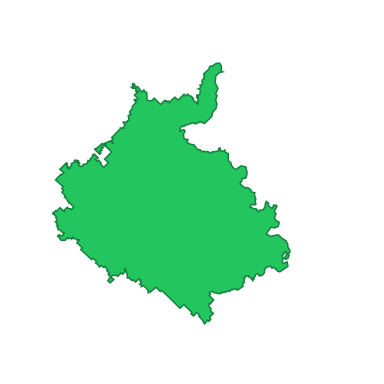 outline of Goulburn Mulwaree, New South Wales, Australia, rotated 305°
{"feature_id": "25037944B47240806764449", "entity_name": "Goulburn Mulwaree", "entity_type": "district", "adm_level": 2, "iso_a3": "AUS", "parent_name": "Australia", "parent_adm1": "New South Wales", "projection": "albers", "projection_center": [149.879, -34.902], "detail": "fine", "context": "isolated", "style": "filled", "palette": "green", "viewbox_px": 384, "rotation_deg": 305, "n_neighbors": 0, "source": "geoboundaries", "source_scale": "gbopen_adm2", "svg_char_len": 5904}
<svg xmlns="http://www.w3.org/2000/svg" viewBox="0 0 384 384"><g transform="rotate(305 192 192)"><path d="M243.0,82.3L242.8,83.6L244.8,86.8L242.5,87.8L242.5,89.1L243.5,90.1L242.4,90.6L240.6,89.5L238.3,89.4L237.5,93.9L236.0,94.3L235.0,91.9L234.1,91.8L233.6,94.8L228.2,94.0L225.3,95.2L222.2,94.8L221.1,95.5L220.7,97.4L217.9,96.0L214.8,99.1L213.3,98.2L211.8,98.8L210.0,95.6L209.1,96.1L209.1,98.6L205.3,98.7L205.2,99.5L203.4,96.5L202.7,97.0L190.4,95.0L190.1,96.9L187.4,96.5L187.0,99.5L186.3,99.4L186.9,95.6L182.6,93.2L181.5,94.4L181.8,92.5L180.6,92.3L180.1,90.5L172.5,88.7L172.3,88.2L171.8,87.8L171.6,87.8L172.1,88.8L171.0,88.7L170.0,94.7L171.7,95.0L172.1,93.3L174.3,94.3L174.3,93.0L177.3,93.8L176.9,92.3L179.3,92.4L179.4,93.5L180.1,93.7L178.7,103.2L168.8,101.5L168.0,106.6L161.3,105.5L162.9,100.4L163.9,100.6L164.4,97.0L163.0,96.9L163.1,94.0L166.2,95.5L167.0,90.1L165.5,89.3L163.9,90.2L160.5,89.6L158.5,90.5L158.1,88.7L155.0,89.8L152.1,87.0L151.7,88.0L149.6,87.2L149.7,86.2L148.8,86.0L148.9,83.4L150.8,83.6L150.5,82.8L151.6,82.6L151.8,81.5L150.2,81.2L150.4,80.3L152.3,80.6L151.0,77.8L150.1,77.7L149.9,79.1L146.3,77.0L145.4,77.1L145.0,78.1L141.5,77.5L141.4,78.2L140.2,78.0L140.6,75.5L141.8,75.7L142.3,73.6L143.7,73.8L143.9,72.4L134.8,70.8L134.3,75.8L131.0,75.3L131.1,74.4L123.7,73.2L122.4,83.6L120.1,83.3L119.7,85.9L117.2,85.5L116.2,90.5L114.8,90.3L114.4,93.5L113.1,95.5L113.4,96.6L112.3,97.5L112.8,98.2L111.9,103.8L108.3,103.2L108.5,102.0L107.5,100.0L107.9,98.6L104.0,97.8L102.7,98.3L103.5,92.9L98.3,92.1L98.6,91.1L94.7,90.0L94.2,91.0L95.0,91.9L94.2,92.7L93.8,95.1L92.6,95.4L92.4,97.2L91.1,97.8L89.3,97.1L89.2,98.7L88.2,99.2L88.4,100.3L87.4,101.0L86.2,100.3L86.8,100.9L86.5,102.3L85.8,102.1L84.3,104.1L85.5,106.0L84.5,107.7L85.3,110.8L84.0,110.5L82.9,111.3L80.5,109.7L81.1,108.1L79.7,107.1L78.6,107.4L78.6,109.2L77.4,111.7L77.6,113.1L79.9,115.9L83.1,116.1L82.9,117.7L84.7,118.8L84.4,120.5L86.5,120.4L85.9,121.3L87.1,124.5L86.6,125.5L88.2,126.6L87.8,127.3L84.4,126.8L83.3,134.1L81.0,133.8L79.1,148.5L81.0,148.9L80.3,153.6L78.5,153.8L78.6,156.2L77.5,159.2L79.5,159.6L79.6,163.0L81.1,163.2L79.6,167.7L78.6,167.6L78.0,170.9L76.4,170.6L75.9,173.8L71.0,174.0L70.6,177.1L75.5,178.2L75.8,174.3L78.3,174.7L78.4,175.6L80.0,176.9L80.3,179.5L85.2,180.4L84.9,182.3L89.1,183.0L89.4,181.2L90.9,181.4L86.9,186.5L84.5,188.4L85.5,188.9L85.0,193.7L86.4,194.0L85.9,197.4L90.5,198.4L90.5,199.8L90.4,200.5L89.3,200.3L89.0,202.5L86.4,202.0L86.3,202.7L87.0,202.8L86.6,204.7L85.6,204.8L87.4,206.1L87.1,209.2L86.1,212.6L84.4,214.0L86.0,214.2L86.0,215.2L93.4,217.2L92.2,223.1L93.8,223.4L93.3,228.8L89.9,249.0L95.1,249.9L93.2,261.3L91.7,261.0L91.3,263.5L91.9,263.6L91.6,264.5L96.0,265.1L95.3,269.1L94.2,268.9L93.1,273.7L91.2,277.8L96.1,278.6L95.8,280.1L97.1,280.3L98.6,280.3L99.6,278.1L104.8,279.2L105.3,275.1L107.2,274.7L107.8,272.2L109.3,269.9L110.3,270.1L110.6,271.2L116.1,271.6L117.0,265.5L118.8,265.8L119.2,264.1L122.0,265.1L122.2,267.8L124.3,272.7L125.1,272.8L125.4,274.0L127.4,274.2L127.5,275.2L129.5,277.2L131.4,277.8L132.1,279.9L135.2,280.3L135.1,281.3L138.0,283.5L137.5,285.4L144.0,288.0L146.2,285.7L147.8,286.9L148.1,286.0L150.3,285.3L151.1,283.9L152.8,284.7L153.8,284.0L155.8,286.6L155.0,286.9L155.4,290.3L154.7,290.9L155.3,291.2L154.3,292.6L156.6,292.7L157.9,291.6L158.9,292.2L160.5,291.4L162.2,292.1L162.9,294.1L161.7,294.9L163.0,296.6L165.3,297.6L167.5,297.6L169.8,296.0L173.3,296.3L176.3,298.8L175.4,301.3L177.3,301.7L176.6,304.5L177.3,304.9L176.2,307.7L177.0,309.8L186.2,313.2L189.3,310.1L186.4,308.2L185.9,307.2L186.5,306.0L190.0,304.7L191.5,302.4L194.4,302.9L196.2,302.4L197.0,303.4L195.3,305.4L190.6,305.6L190.6,307.4L192.7,308.6L195.7,307.9L196.6,306.0L198.9,306.8L200.6,305.2L202.0,301.9L203.8,300.8L205.9,297.2L205.7,291.3L206.4,288.5L206.0,286.6L200.9,282.1L200.2,276.8L208.4,276.9L210.0,280.3L213.3,282.4L217.2,280.9L216.9,276.7L218.3,274.3L222.4,273.3L223.3,270.4L228.9,269.9L229.4,268.1L228.2,267.5L228.1,266.4L225.1,267.1L224.4,266.2L224.6,262.4L226.8,261.2L226.9,258.2L223.4,259.2L222.5,260.2L218.6,260.5L216.9,259.5L216.2,257.8L213.9,258.0L213.9,255.9L214.8,255.7L215.0,254.3L213.9,252.6L213.0,248.1L215.5,248.0L216.7,248.8L217.2,250.7L218.5,251.4L221.1,248.8L222.6,248.5L225.8,244.4L227.5,243.8L226.2,241.1L227.6,238.6L227.7,236.3L227.3,234.6L225.7,232.8L226.2,226.5L229.5,226.6L231.5,225.3L234.0,227.9L235.1,228.0L239.2,226.2L243.5,221.7L241.5,217.2L236.0,215.1L235.0,213.9L236.5,208.9L238.5,206.7L238.5,203.7L244.2,199.7L243.7,196.0L245.2,194.9L243.4,194.2L242.2,191.8L244.2,189.5L242.7,188.9L240.7,190.3L235.9,185.1L234.2,184.9L234.3,181.8L232.6,180.2L232.4,178.4L230.9,177.5L231.3,174.5L230.0,171.9L231.8,166.4L230.6,164.3L229.6,159.8L230.3,158.6L231.6,159.1L232.7,158.4L230.8,155.2L234.4,151.8L237.5,151.6L238.4,150.5L238.3,149.5L237.1,148.3L235.0,147.9L235.2,146.9L237.7,145.8L240.4,146.0L240.8,147.8L242.5,148.0L249.1,153.0L250.2,156.4L252.0,156.7L253.7,158.2L254.7,159.7L255.2,162.9L265.3,164.9L269.5,163.2L274.0,163.8L278.4,162.0L280.8,158.7L285.3,157.3L286.1,154.9L291.6,154.0L294.9,148.3L300.5,145.0L305.5,145.9L308.1,148.3L307.8,146.8L312.1,143.7L313.4,140.8L311.2,138.0L308.0,136.9L305.0,134.5L302.4,135.4L295.1,133.7L295.7,134.1L294.8,134.3L294.8,135.3L292.2,136.2L291.8,137.0L290.0,136.2L288.0,136.7L287.4,138.2L285.5,138.4L283.9,137.2L283.4,138.8L281.2,139.0L280.3,138.3L280.7,139.4L280.0,140.4L276.7,142.4L275.2,141.8L274.1,140.3L273.5,140.8L273.7,141.5L272.8,141.4L273.3,142.3L271.8,142.4L271.9,143.7L270.4,144.9L269.3,144.3L268.2,146.1L267.1,146.4L268.2,139.4L269.2,139.6L270.1,136.5L269.4,134.8L269.8,132.4L267.4,131.9L267.6,129.4L259.3,127.9L259.9,123.6L253.4,122.0L252.4,122.5L252.8,120.4L251.7,120.2L252.0,118.5L251.0,118.3L251.3,117.1L245.6,116.0L247.3,107.3L244.4,106.8L242.5,105.3L241.5,102.5L247.7,97.7L246.9,95.8L248.0,94.1L245.0,93.3L247.1,87.8L245.9,84.2L247.5,83.1L247.1,81.5L245.5,81.6L244.5,83.8L243.0,82.3Z" fill="#22c55e" stroke="#15803d" stroke-width="1.5"/></g></svg>